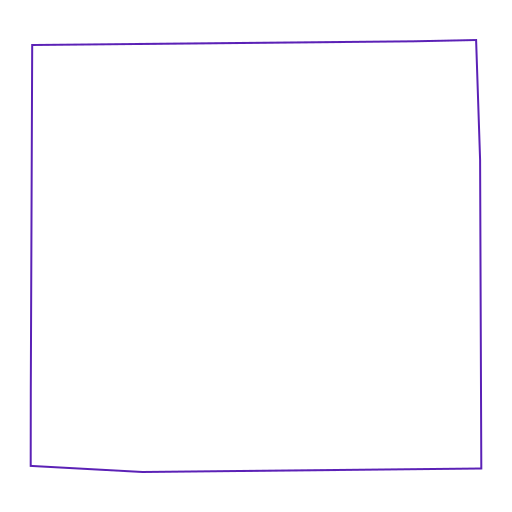 the district of Jasper, Illinois, United States of America
{"feature_id": "52423323B45036173562792", "entity_name": "Jasper", "entity_type": "district", "adm_level": 2, "iso_a3": "USA", "parent_name": "United States of America", "parent_adm1": "Illinois", "projection": "robinson", "projection_center": [-88.173, 39.011], "detail": "fine", "context": "isolated", "style": "outline", "palette": "violet", "viewbox_px": 512, "rotation_deg": 0, "n_neighbors": 0, "source": "geoboundaries", "source_scale": "gbopen_adm2", "svg_char_len": 228}
<svg xmlns="http://www.w3.org/2000/svg" viewBox="0 0 512 512"><path d="M30.8,388.4L30.7,465.9L142.5,472.0L481.3,468.5L480.1,160.1L476.1,40.0L414.0,41.3L32.2,45.0L30.8,388.4Z" fill="none" stroke="#5b21b6" stroke-width="2"/></svg>